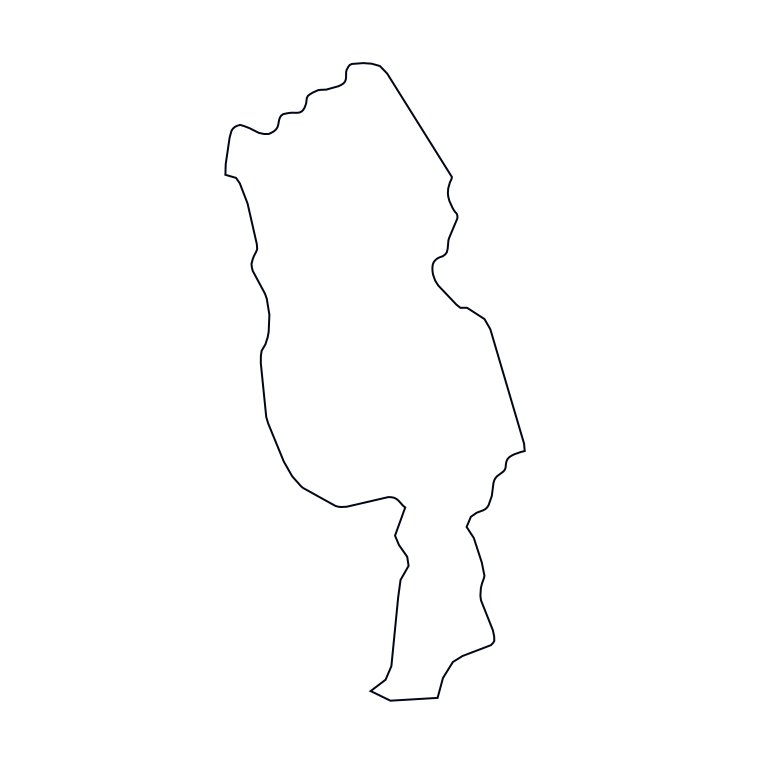 outline of Diourbel, rotated 74°
{"feature_id": "SEN-763", "entity_name": "Diourbel", "entity_type": "Region", "adm_level": 1, "iso_a3": "SEN", "parent_name": "Senegal", "parent_adm1": "", "projection": "albers", "projection_center": [-16.16, 14.769], "detail": "fine", "context": "isolated", "style": "outline", "palette": "ink", "viewbox_px": 768, "rotation_deg": 74, "n_neighbors": 0, "source": "natural_earth", "source_scale": "10m", "svg_char_len": 2285}
<svg xmlns="http://www.w3.org/2000/svg" viewBox="0 0 768 768"><g transform="rotate(74 384 384)"><path d="M582.6,339.2L596.1,340.3L598.2,341.5L603.0,344.9L606.8,347.1L614.1,349.7L618.6,350.4L650.9,347.2L657.1,347.7L661.4,348.8L663.1,350.7L664.5,353.2L667.1,383.5L670.2,394.4L682.8,408.3L700.5,419.0L690.2,465.1L675.5,481.5L668.7,464.0L657.3,454.7L592.8,429.1L576.9,422.1L565.6,410.5L556.5,409.3L542.9,414.0L532.8,415.2L508.5,397.6L506.5,399.1L500.3,402.1L497.8,403.8L496.0,405.9L494.8,408.3L493.9,411.0L491.7,453.7L490.3,459.6L489.2,462.0L487.9,464.2L461.6,490.5L459.5,491.9L447.4,497.7L430.9,501.7L390.1,506.2L383.3,506.3L330.1,496.7L323.0,494.6L318.4,492.5L313.1,487.0L306.8,482.8L302.1,480.5L285.9,475.1L269.8,473.2L264.5,473.5L239.1,479.0L235.7,478.9L232.1,478.3L228.0,475.9L225.3,473.9L221.5,470.3L219.3,468.7L214.6,467.7L173.0,465.4L151.4,467.3L145.1,469.4L139.2,478.8L128.9,475.5L104.4,464.4L98.6,460.8L97.0,459.0L95.8,456.6L95.3,453.9L95.3,450.9L97.5,447.4L100.9,442.9L108.1,435.1L110.7,430.2L111.9,425.8L111.4,422.8L110.7,420.0L109.5,417.6L107.9,415.7L105.8,414.3L101.2,412.0L99.2,410.6L97.7,408.9L96.8,406.6L97.1,402.2L97.7,398.2L99.4,392.7L99.7,390.5L99.4,388.2L98.3,386.1L96.7,384.4L94.7,382.8L92.6,381.4L87.9,379.4L86.1,377.8L85.1,375.3L84.3,372.4L83.4,366.5L83.8,363.7L85.1,358.4L85.2,345.7L84.7,342.7L83.9,340.1L82.5,338.0L80.4,336.6L78.0,335.7L73.6,334.4L71.6,333.2L68.9,330.5L67.9,329.0L67.5,326.7L69.8,315.5L72.7,307.6L77.2,300.3L86.4,295.4L203.7,261.7L205.6,262.6L207.0,263.8L208.1,264.9L213.8,268.4L218.2,270.0L221.7,270.6L226.0,270.7L233.0,269.7L236.7,268.8L238.9,267.9L239.4,267.6L239.6,267.5L239.9,267.3L240.7,267.1L242.6,267.1L245.0,267.8L261.4,281.0L263.5,282.4L271.5,285.5L274.7,287.3L276.4,289.6L277.4,292.3L277.5,295.2L278.0,298.0L279.0,300.4L280.4,302.4L282.3,304.0L284.9,305.2L288.0,306.1L292.2,306.7L298.7,306.3L304.3,304.7L327.7,292.5L331.8,289.6L333.6,283.2L349.3,269.5L360.6,266.7L479.9,265.8L487.2,267.2L487.1,271.7L487.5,278.2L488.1,281.3L489.0,284.0L490.4,286.2L492.3,287.7L494.4,288.8L497.8,290.1L499.5,291.3L500.9,293.1L503.8,300.7L505.1,302.7L506.9,304.5L509.0,305.9L521.3,311.2L529.5,317.0L531.0,318.8L532.2,321.0L532.8,323.9L533.3,330.5L535.6,337.1L544.2,344.0L556.8,340.1L582.6,339.2Z" fill="none" stroke="#020617" stroke-width="2"/></g></svg>